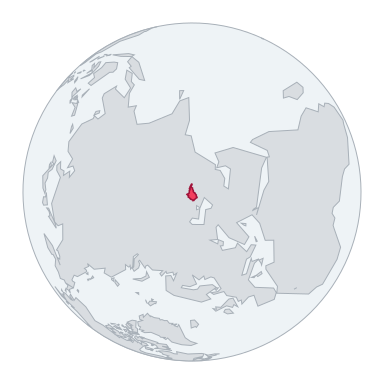 the Earth from above Ahal, rotated 211°
{"feature_id": "TKM-352", "entity_name": "Ahal", "entity_type": "Province", "adm_level": 1, "iso_a3": "TKM", "parent_name": "Turkmenistan", "parent_adm1": "", "projection": "orthographic", "projection_center": [59.653, 37.88], "detail": "fine", "context": "on_globe", "style": "filled", "palette": "rose", "viewbox_px": 384, "rotation_deg": 211, "n_neighbors": 0, "source": "natural_earth", "source_scale": "10m", "svg_char_len": 12368}
<svg xmlns="http://www.w3.org/2000/svg" viewBox="0 0 384 384"><g transform="rotate(211 192 192)"><circle cx="192" cy="192" r="169" fill="#eef3f6" stroke="#a8b0b8"/><path d="M206.3,23.6L213.2,25.5L229.0,30.4L237.1,32.1L232.9,32.0L250.3,35.8L260.9,40.4L247.0,35.2L244.1,34.8L250.4,37.8L248.7,38.1L250.8,39.8L248.3,40.0L240.4,37.5L238.7,37.7L243.2,39.8L243.5,41.8L237.2,38.5L237.1,41.7L223.9,38.9L208.9,31.7L199.7,32.0L179.1,29.8L179.0,30.9L171.2,31.3L168.2,32.9L165.2,32.5L165.4,34.2L168.7,34.3L169.9,35.2L168.4,36.3L164.4,35.7L164.5,35.1L162.6,35.6L161.2,34.9L161.1,35.8L156.3,35.3L158.8,37.5L153.2,38.5L150.7,37.8L153.9,35.7L155.8,30.2L154.3,29.5L148.8,30.3L132.5,35.9L129.5,36.4L123.3,38.6L123.6,39.1L128.5,37.6L127.5,39.5L133.6,37.9L134.1,38.6L139.2,38.2L135.3,40.7L128.7,43.5L124.2,44.1L121.2,45.5L122.9,47.2L112.1,51.0L100.7,58.5L98.3,59.5L98.1,56.6L104.6,50.4L104.4,48.4L101.3,52.4L95.3,55.4L92.9,57.2L91.4,58.9L92.4,58.9L89.7,60.7L91.7,57.0L94.2,55.3L93.6,56.3L96.6,53.6L97.9,51.9L94.7,54.0L97.0,52.3L107.8,45.5L119.2,39.5L130.9,34.5L143.0,30.3L155.4,27.1L168.0,24.8L180.7,23.4L193.5,23.0L206.3,23.6ZM214.2,24.7L211.6,24.3L211.5,24.2L213.0,24.4L214.2,24.7ZM243.2,33.5L239.7,32.2L243.7,33.4L243.2,33.5ZM251.5,40.0L253.1,40.4L253.5,41.2L251.5,40.0ZM141.1,36.9L140.1,37.6L139.7,37.3L141.1,36.9ZM144.1,36.3L144.2,35.5L145.7,35.1L145.6,35.6L144.1,36.3ZM250.1,42.4L250.3,43.8L248.7,41.9L250.1,42.4ZM143.7,37.4L148.3,34.5L150.9,33.9L152.7,35.3L143.7,37.4ZM249.6,44.3L250.2,48.0L253.7,49.0L244.3,48.7L246.9,45.4L244.3,42.8L247.5,44.3L249.6,44.3ZM170.4,33.9L166.8,33.8L171.1,33.0L170.4,33.9ZM172.9,33.2L184.4,30.2L189.0,31.2L184.2,31.9L191.1,32.7L187.6,34.6L183.0,34.6L180.8,33.5L181.2,35.1L172.9,33.2ZM239.1,48.2L238.1,48.8L237.6,47.7L239.1,48.2ZM170.7,35.5L172.6,34.7L176.7,35.4L173.6,37.2L173.3,36.4L170.7,35.5ZM194.6,32.1L197.1,33.1L195.0,34.9L195.6,35.6L187.9,34.7L194.6,32.1ZM171.6,36.8L171.9,38.2L168.6,38.9L169.1,36.4L171.6,36.8ZM179.1,34.9L180.8,35.4L178.8,35.7L179.1,34.9ZM157.3,42.6L159.5,41.3L161.8,41.5L157.3,42.6ZM172.2,38.7L173.3,38.5L174.5,38.5L174.0,39.6L172.2,38.7ZM187.0,36.2L185.6,36.8L190.0,36.6L188.6,38.2L183.7,37.4L185.2,38.4L184.8,38.9L181.3,37.7L187.0,36.2ZM177.0,40.9L170.3,40.8L165.6,42.9L163.5,42.7L171.3,39.3L177.0,40.9ZM179.8,39.1L177.6,40.1L176.0,39.2L176.6,37.9L179.8,39.1ZM189.4,39.6L192.8,37.4L193.8,37.7L189.4,39.6ZM175.9,41.6L177.6,41.6L175.8,41.9L175.9,41.6ZM185.6,40.3L186.7,39.5L187.7,39.8L185.6,40.3ZM179.9,42.5L177.8,42.4L178.1,41.5L179.9,42.5ZM182.8,41.7L184.0,42.3L179.5,41.3L183.1,41.2L182.8,41.7ZM186.4,40.8L187.4,40.7L185.8,41.1L186.4,40.8ZM180.0,46.3L174.3,45.1L175.0,43.0L180.4,44.4L180.0,46.3ZM33.0,209.0L32.6,180.2L36.3,174.7L39.5,164.6L67.2,148.9L70.2,155.2L88.9,163.9L90.7,166.8L85.5,174.1L97.1,192.8L104.4,188.3L117.9,200.1L128.8,203.4L138.0,188.7L120.1,182.9L120.0,174.0L136.7,171.9L152.7,177.4L153.2,174.1L145.6,164.5L151.8,160.0L143.2,160.8L144.8,164.7L139.5,165.6L137.7,162.0L140.0,160.4L135.9,157.6L126.1,166.6L126.7,171.6L114.4,169.0L114.1,177.3L109.9,179.4L108.7,166.3L110.7,162.5L106.4,146.3L103.2,150.0L107.0,165.6L104.7,163.4L100.2,169.2L101.8,163.1L98.4,145.7L89.0,142.7L72.6,151.7L68.0,149.2L66.2,142.3L76.7,128.1L85.7,135.4L89.5,131.1L91.5,121.6L94.1,124.8L96.0,122.1L99.8,124.6L108.9,121.1L113.4,123.1L120.6,115.4L123.8,115.5L118.6,119.9L117.4,124.3L128.8,129.8L132.1,128.9L135.9,123.6L138.6,126.1L140.7,120.3L149.1,121.1L140.7,115.5L145.0,109.8L152.0,107.1L151.9,104.4L140.4,108.9L137.2,111.6L136.9,115.5L126.8,123.1L122.1,122.7L126.9,111.5L120.8,110.0L127.2,102.5L154.2,94.1L163.5,94.3L171.3,106.5L167.1,109.5L162.1,106.4L163.3,114.5L164.8,111.3L167.1,113.5L171.7,109.2L173.4,110.6L174.8,104.3L177.5,105.5L176.6,109.5L185.7,104.8L192.3,106.5L193.5,104.8L192.9,102.5L201.7,106.5L202.2,105.1L199.5,103.2L198.7,99.4L200.8,94.2L203.7,95.9L203.4,97.9L207.1,105.0L205.7,110.7L207.1,110.9L209.0,106.4L204.5,97.7L204.9,94.2L207.7,97.9L206.7,96.2L207.8,95.0L211.7,95.5L208.9,91.3L217.3,77.4L225.6,77.4L227.2,82.0L236.1,75.4L244.8,76.8L242.3,75.0L244.9,71.1L242.2,70.6L241.2,69.5L246.6,60.5L250.2,60.0L249.7,54.9L248.4,54.1L245.8,54.1L244.3,48.7L253.7,49.0L256.1,50.8L260.3,50.1L265.3,54.6L271.3,58.3L274.3,64.2L278.9,66.9L280.0,66.4L287.0,70.1L297.5,80.2L284.0,74.2L267.3,61.4L273.7,66.6L270.8,66.3L272.2,68.8L276.8,72.6L278.3,72.5L278.2,84.6L286.4,98.1L289.4,94.1L294.4,95.7L306.4,109.8L312.3,136.7L319.0,140.8L321.5,145.2L320.2,150.4L316.6,144.1L312.5,144.1L310.7,140.0L307.5,146.9L304.7,141.4L303.5,149.8L307.3,153.0L311.2,148.7L311.4,158.9L319.2,163.0L323.5,171.8L321.5,193.5L314.5,204.0L314.8,207.1L310.2,206.1L306.8,214.5L317.3,226.3L317.9,231.0L311.2,243.9L310.6,240.8L298.6,237.9L298.2,249.5L307.4,254.3L310.6,262.9L304.3,262.9L300.9,255.4L296.6,254.1L296.5,244.4L290.4,231.9L284.1,237.3L283.3,231.4L274.0,221.7L264.2,228.9L249.4,248.8L249.4,263.8L243.4,271.3L231.0,252.1L227.3,237.6L221.6,239.7L209.9,227.8L186.0,227.5L183.7,223.3L179.0,225.0L170.9,220.5L167.8,213.5L162.4,213.4L170.9,231.6L176.8,231.7L183.3,225.5L184.5,231.7L192.4,237.3L179.7,251.3L146.1,260.1L144.7,248.5L128.9,212.2L130.5,208.8L130.5,208.3L130.4,207.5L127.0,212.9L124.9,205.6L131.3,230.7L131.6,240.5L145.6,260.6L143.8,262.0L148.9,266.4L167.5,264.6L167.1,268.2L157.2,283.4L133.2,299.8L137.5,313.2L137.6,322.9L125.1,325.7L128.8,332.9L122.7,333.1L124.0,336.5L120.6,338.2L113.9,337.9L99.7,331.4L96.8,328.2L86.7,318.7L71.7,296.7L73.1,290.3L71.0,282.6L61.0,260.1L63.0,251.6L60.9,245.8L56.1,243.3L53.9,236.1L51.2,233.7L36.2,221.2L33.0,209.0ZM54.5,161.2L52.9,164.0L54.5,161.2ZM167.7,191.5L178.6,193.6L177.0,182.6L181.1,182.7L179.0,179.1L176.8,181.8L172.4,172.2L178.3,169.8L178.7,165.2L175.1,164.3L165.0,170.3L171.2,184.0L167.3,187.8L167.7,191.5ZM95.2,55.6L94.9,56.0L92.9,57.8L93.0,57.3L95.2,55.6ZM89.3,64.8L85.0,67.5L88.1,65.0L87.4,64.6L93.0,59.3L97.4,59.7L94.4,60.3L89.3,64.8ZM101.7,52.7L97.6,55.7L101.9,52.5L101.7,52.7ZM102.9,105.5L103.0,108.5L99.7,110.9L94.1,109.5L98.8,105.8L102.9,105.5ZM103.8,112.2L110.2,102.1L113.9,102.9L110.7,104.1L112.5,105.7L107.9,108.0L105.3,119.2L102.2,122.1L93.6,117.2L98.1,117.0L97.8,114.0L103.8,112.2ZM119.8,78.4L122.6,75.0L127.1,81.1L123.9,83.6L118.2,82.0L118.5,78.2L119.8,78.4ZM146.1,40.8L146.9,39.8L148.0,39.8L148.2,40.7L146.1,40.8ZM158.1,42.0L143.8,45.4L144.0,44.3L135.4,48.1L132.5,46.9L138.2,44.4L129.5,46.6L133.5,43.9L127.5,45.8L140.4,40.4L143.7,38.3L141.2,41.0L143.7,42.0L145.8,41.9L154.1,40.1L162.3,36.8L166.1,37.6L166.7,39.2L165.3,40.1L163.2,39.1L162.9,41.1L158.8,40.5L158.1,42.0ZM170.9,61.9L169.1,59.5L167.7,65.1L163.6,63.8L163.7,64.5L159.6,64.9L154.8,66.9L153.4,65.9L152.1,67.1L149.3,67.6L147.1,69.0L143.8,67.8L140.8,69.5L141.0,68.0L136.7,71.3L138.4,68.3L135.0,68.9L135.1,71.5L122.8,63.6L116.3,63.2L109.9,64.7L113.7,60.0L122.1,55.8L132.0,53.0L137.7,54.3L138.4,52.1L141.3,52.2L139.5,53.8L144.0,51.4L145.9,51.9L154.8,50.6L160.0,47.1L163.4,46.7L162.3,48.4L166.4,46.9L166.6,49.9L169.0,49.7L171.7,52.8L168.2,56.4L171.2,56.0L173.4,58.5L170.9,61.9ZM180.5,47.1L177.3,51.3L173.5,52.8L170.5,47.0L168.3,46.7L166.2,43.5L171.7,41.5L171.8,42.6L173.2,43.2L170.9,43.5L173.8,43.7L174.0,45.3L176.2,45.9L174.6,47.0L180.5,47.1ZM94.7,165.2L96.4,166.7L99.6,168.0L96.9,171.8L94.7,165.2ZM92.1,153.4L94.0,153.8L91.7,159.5L89.9,158.1L92.1,153.4ZM97.0,149.5L94.3,153.4L94.7,150.5L97.0,149.5ZM120.6,120.2L122.8,120.5L122.2,121.9L120.1,123.4L120.6,120.2ZM165.9,79.6L165.5,77.6L166.6,77.3L169.0,73.0L172.2,73.8L172.0,76.7L165.9,79.6ZM133.8,190.6L129.5,192.7L128.4,190.7L130.1,190.3L133.8,190.6ZM111.4,182.4L115.6,186.4L110.7,183.4L111.4,182.4ZM169.8,79.8L170.4,77.9L171.6,79.5L169.8,79.8ZM174.7,74.3L176.4,75.8L172.9,73.4L174.7,74.3ZM210.0,359.7L212.1,359.7L209.2,360.0L210.0,359.7ZM166.0,325.8L158.7,340.1L150.8,338.9L147.8,334.3L149.4,325.4L158.1,323.8L162.0,319.6L166.0,325.8ZM335.3,266.4L337.7,264.4L337.5,265.1L335.3,266.4ZM332.8,266.9L335.9,264.3L332.1,268.6L332.8,266.9ZM337.0,263.3L340.0,259.2L341.4,257.0L341.0,258.5L337.0,263.3ZM330.7,268.7L317.6,278.0L312.1,279.8L313.7,276.9L322.7,271.7L330.7,268.7ZM313.2,277.1L304.4,275.8L290.0,263.2L295.2,261.4L309.8,266.2L308.9,268.5L314.3,270.5L313.2,277.1ZM333.5,252.1L332.5,258.5L325.6,263.3L322.3,264.6L320.1,258.7L321.4,254.0L324.2,252.2L333.4,231.3L337.0,231.8L334.5,239.9L337.3,242.8L333.5,252.1ZM250.3,265.0L254.8,272.5L251.4,274.7L250.3,265.0ZM335.9,218.5L333.0,227.7L335.2,216.8L335.9,218.5ZM336.5,209.1L337.3,212.0L335.3,210.4L336.5,209.1ZM315.8,211.6L312.9,214.2L312.2,212.0L315.6,207.4L315.8,211.6ZM326.7,179.3L328.9,185.9L329.2,188.6L326.7,185.6L326.7,179.3ZM198.0,86.9L191.1,91.7L188.2,96.2L189.9,100.3L184.6,96.9L188.9,89.8L198.0,86.9ZM214.6,78.3L213.1,75.1L215.7,75.4L216.4,76.2L214.6,78.3ZM212.3,77.1L206.8,75.4L207.2,72.9L211.5,74.7L212.3,77.1ZM188.1,77.0L185.9,78.3L184.9,76.8L188.1,77.0ZM308.8,314.1L307.0,315.7L310.7,312.0L314.2,305.9L315.4,305.0L318.4,299.2L331.4,284.0L341.7,265.6L345.4,260.8L350.3,248.0L353.0,242.5L350.3,251.0L350.6,250.4L345.7,262.2L339.9,273.7L333.3,284.6L325.9,295.0L317.7,304.9L308.8,314.1ZM341.2,260.8L345.0,252.8L346.6,250.4L341.2,260.8ZM357.4,226.5L355.5,232.9L356.5,228.6L356.7,225.5L353.4,231.2L352.8,230.0L354.3,225.7L351.6,228.2L354.7,221.8L355.5,225.2L357.1,217.9L358.9,213.6L359.9,210.1L360.0,210.0L357.4,226.5ZM353.8,233.9L354.3,233.0L353.7,235.4L353.8,233.9ZM347.7,239.2L347.4,240.9L346.5,241.0L347.7,239.2ZM349.0,236.6L351.6,234.4L348.7,238.3L349.0,236.6ZM339.1,242.5L340.1,245.1L343.4,239.4L340.9,245.3L342.7,249.0L341.8,252.0L340.1,247.9L338.8,255.3L337.3,256.6L336.8,251.7L338.6,243.2L340.1,238.9L345.8,231.6L339.1,242.5ZM349.1,232.2L348.4,228.9L348.9,225.3L349.7,226.5L349.1,232.2ZM345.3,221.4L342.4,218.9L340.4,223.2L343.8,211.4L346.2,215.7L345.3,221.4ZM341.8,212.4L340.0,216.4L341.5,210.0L341.8,212.4ZM339.2,215.2L338.3,211.8L340.1,210.6L339.2,215.2ZM342.9,211.5L342.2,204.9L343.6,207.7L342.9,211.5ZM335.8,204.4L340.8,206.8L335.4,208.9L332.2,197.3L334.3,195.0L335.8,204.4ZM328.2,144.9L326.1,142.0L327.1,139.4L328.3,142.1L328.2,144.9ZM328.3,129.1L326.6,137.8L324.9,145.2L326.8,145.4L328.9,152.1L324.5,148.8L323.6,139.4L325.4,134.9L323.0,129.6L322.6,124.0L318.5,118.7L317.5,115.1L321.8,118.6L328.3,129.1ZM316.6,116.6L309.3,106.5L312.4,104.3L314.7,106.0L316.8,111.5L315.0,112.3L316.6,116.6ZM308.4,103.5L306.6,104.3L292.0,93.7L289.7,91.0L302.5,97.3L301.5,98.5L304.5,101.7L308.4,103.5ZM239.8,49.5L238.2,48.9L239.9,48.8L239.8,49.5ZM239.7,69.3L238.6,67.7L240.5,67.5L239.7,69.3ZM236.6,63.4L235.2,64.7L235.5,62.6L236.6,63.4ZM232.1,67.9L234.0,64.9L233.9,68.8L232.1,67.9Z" fill="#d9dde1" stroke="#a8b0b8" stroke-width="1"/><path d="M196.1,198.7L195.9,198.6L195.8,198.4L195.8,198.2L195.8,197.9L195.7,197.7L195.6,197.4L195.7,197.2L195.7,196.9L195.6,196.7L195.6,196.3L195.6,196.1L195.6,195.9L195.6,195.7L195.4,195.6L193.6,195.7L193.4,195.3L193.1,195.0L193.0,194.8L192.9,194.6L192.6,194.4L192.3,194.3L192.0,194.2L191.9,194.2L191.7,194.0L191.6,193.9L191.4,193.7L191.3,193.4L191.3,193.2L191.2,193.1L190.7,192.8L190.6,192.7L190.4,192.7L190.2,192.6L189.9,192.6L189.7,192.7L189.4,192.5L189.2,192.7L188.9,192.7L188.7,192.6L188.6,192.4L188.5,192.2L188.4,192.2L188.2,192.2L187.9,192.0L187.7,192.0L187.6,191.9L187.4,191.8L187.1,191.8L186.7,191.7L186.6,191.4L186.6,191.2L186.4,191.0L186.4,190.9L186.2,190.8L186.0,190.6L185.8,190.4L185.7,190.4L185.7,190.2L185.4,190.2L185.2,190.2L184.9,190.1L184.9,189.7L185.0,189.7L185.1,189.3L185.2,189.2L185.9,186.9L186.0,186.9L186.2,186.7L186.0,186.0L186.0,185.8L186.0,185.7L186.4,185.4L186.4,185.5L186.5,185.5L186.8,185.6L187.0,185.4L188.0,185.4L188.3,185.4L188.8,185.2L189.1,185.3L189.1,185.2L189.4,185.1L189.5,185.1L190.5,185.4L190.6,185.6L190.8,185.7L191.5,185.7L192.7,185.7L192.8,185.8L192.8,186.7L192.8,186.8L192.9,187.0L193.0,187.0L193.1,186.9L193.3,186.9L193.5,186.9L193.5,187.1L193.6,187.3L194.0,187.2L194.1,187.3L195.1,187.2L195.1,187.6L194.9,187.8L194.6,187.9L194.6,188.0L194.4,188.8L194.2,188.9L194.1,189.0L194.1,189.3L193.9,189.4L194.2,190.6L194.8,191.3L194.9,191.5L195.1,191.9L195.0,192.0L194.9,192.0L195.0,192.4L195.0,192.5L194.9,192.5L194.9,192.8L195.1,193.4L195.3,193.4L195.5,193.4L195.6,193.5L195.8,193.7L196.0,193.6L196.1,193.8L196.1,194.0L195.9,194.1L195.7,194.0L195.7,193.8L195.7,193.7L195.4,193.5L195.2,193.5L195.7,194.4L196.3,195.3L196.4,195.5L196.4,197.3L196.5,197.4L196.5,197.5L196.4,197.7L196.4,197.8L196.4,198.0L196.5,198.1L196.5,198.3L196.5,198.5L196.4,198.7L196.3,198.8L196.2,198.8L196.1,198.7L196.1,198.7Z" fill="#f43f5e" stroke="#9f1239" stroke-width="1.5"/></g></svg>